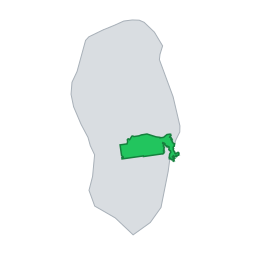 72, Ar Rayyān, Qatar (highlighted), rotated 172°
{"feature_id": "91078587B78903366981324", "entity_name": "72", "entity_type": "district", "adm_level": 2, "iso_a3": "QAT", "parent_name": "Qatar", "parent_adm1": "Ar Rayyān", "projection": "mercator", "projection_center": [50.849, 25.539], "detail": "fine", "context": "in_parent", "style": "filled", "palette": "green", "viewbox_px": 256, "rotation_deg": 172, "n_neighbors": 0, "source": "geoboundaries", "source_scale": "gbopen_adm2", "svg_char_len": 4554}
<svg xmlns="http://www.w3.org/2000/svg" viewBox="0 0 256 256"><g transform="rotate(172 128 128)"><path d="M138.4,228.8L127.6,231.5L117.3,234.5L108.7,234.4L101.9,233.2L97.3,230.4L88.5,219.2L82.3,204.5L86.1,196.4L87.4,191.3L79.0,152.7L76.3,122.9L77.3,116.8L82.1,109.8L90.1,94.3L94.3,79.3L106.4,44.7L119.1,31.3L137.8,21.5L153.1,40.7L171.8,55.3L175.3,71.7L169.8,85.0L164.8,106.1L167.8,115.8L168.9,124.2L174.0,138.3L178.9,156.6L179.7,169.3L177.1,181.1L170.6,191.0L157.8,220.7L154.0,223.8L138.4,228.8Z" fill="#d9dde1" stroke="#a8b0b8" stroke-width="1"/><path d="M138.2,98.2L116.7,98.2L116.7,97.6L96.8,97.6L96.7,97.8L96.7,97.7L96.5,97.8L96.3,98.0L96.2,98.5L95.8,98.5L95.8,99.1L95.4,99.3L95.5,99.4L95.7,99.5L95.8,99.6L95.9,99.9L96.0,100.1L96.1,100.3L96.1,100.5L95.9,100.6L95.8,100.9L95.6,100.9L95.7,101.1L95.4,101.2L95.4,101.5L95.4,102.1L95.4,102.4L95.2,102.4L95.2,102.6L95.1,102.8L95.2,103.4L95.1,103.5L94.9,103.7L94.7,103.8L94.8,104.1L94.9,104.3L95.0,104.3L95.1,104.5L95.5,104.8L95.6,105.2L95.6,105.3L95.4,105.7L95.2,105.9L94.7,106.2L94.7,106.4L94.7,107.0L95.0,107.4L95.5,107.5L95.8,107.7L95.8,107.8L95.7,107.8L95.8,108.0L95.8,108.3L95.6,108.7L95.4,108.6L95.4,108.2L94.5,108.3L94.4,108.1L94.2,107.7L94.4,107.7L94.5,107.6L94.4,107.6L94.2,107.5L94.2,107.4L93.8,107.3L93.8,107.1L93.6,107.1L93.6,106.7L93.7,106.4L93.6,105.9L93.4,105.5L93.2,105.5L93.1,105.3L92.8,105.3L92.6,105.2L92.7,104.8L92.6,104.6L92.2,104.4L92.0,104.5L91.9,104.5L91.9,104.4L91.7,104.4L91.6,104.5L91.5,104.4L91.4,104.4L91.2,104.3L91.2,104.0L91.2,103.8L91.3,103.7L90.6,103.6L90.5,103.9L90.4,103.9L90.1,103.8L90.0,103.6L90.0,102.9L90.2,102.5L90.3,101.8L90.5,101.1L90.4,101.0L90.5,100.9L90.3,100.7L90.2,100.4L90.2,100.1L90.1,99.9L89.9,99.9L89.6,99.9L89.2,99.7L89.0,99.1L89.1,98.7L89.0,98.1L89.2,97.6L90.0,97.0L90.1,96.8L90.2,96.6L90.5,96.0L90.7,95.3L90.7,95.2L90.7,94.9L90.8,94.8L90.8,94.4L91.1,93.9L91.1,93.7L91.3,93.4L91.4,93.1L91.3,92.9L91.3,92.7L91.4,92.4L91.3,92.5L91.3,92.4L91.4,91.9L91.4,91.7L90.9,91.6L90.7,91.6L90.6,91.8L90.7,92.0L90.2,92.1L90.2,91.9L90.0,91.7L89.9,91.6L89.9,91.4L89.9,91.2L89.7,91.0L89.7,90.8L89.3,90.5L89.2,90.5L89.0,90.4L88.8,90.5L88.7,90.7L88.7,90.8L88.2,90.8L88.3,90.6L88.2,90.7L88.1,90.4L87.9,90.5L87.7,90.6L87.7,90.4L87.7,90.1L87.4,89.6L87.4,89.4L87.5,89.3L87.4,89.2L87.6,89.2L87.6,89.3L87.7,89.2L87.4,89.1L87.5,88.9L87.4,88.8L87.3,89.0L87.0,89.1L87.0,89.3L86.9,89.4L87.0,89.6L87.3,90.0L86.9,90.3L87.1,90.5L87.3,90.8L87.3,91.0L87.2,91.0L87.1,91.3L86.9,91.4L86.6,91.4L86.3,91.5L86.5,91.6L86.8,91.7L86.8,91.9L86.8,92.1L86.9,92.3L87.0,92.3L87.2,92.6L87.5,92.7L87.5,92.8L88.1,93.2L88.1,93.3L88.1,93.5L88.3,93.9L88.2,93.8L88.2,93.7L87.9,93.6L87.9,93.4L87.6,93.1L87.4,93.0L87.1,92.8L86.9,92.7L86.6,92.8L86.4,92.7L86.2,92.8L86.3,93.1L86.4,93.3L86.6,93.4L86.8,93.7L87.0,93.9L86.9,94.2L86.7,94.0L86.7,93.8L86.5,93.6L86.3,93.6L86.2,93.5L86.0,93.1L85.6,93.0L85.4,93.1L84.5,92.9L84.5,93.1L84.5,93.3L84.4,93.3L84.3,93.6L84.1,93.6L84.0,93.8L83.9,94.0L83.7,93.8L83.6,93.7L83.8,93.6L83.9,93.4L83.9,93.2L84.0,93.1L83.9,93.0L83.7,93.0L83.6,93.3L83.7,93.5L83.5,93.4L83.3,93.5L82.7,93.8L82.4,93.9L82.2,93.9L81.9,94.0L81.9,94.3L81.8,94.5L81.7,94.5L81.8,94.6L81.2,95.4L81.2,95.5L81.0,96.0L81.4,96.2L81.6,96.4L81.6,96.8L82.2,96.9L82.6,97.3L82.5,97.1L82.6,96.9L83.1,96.4L83.6,96.2L84.2,96.0L84.8,96.1L85.1,96.3L85.1,96.6L84.9,96.9L85.2,97.4L85.1,97.6L85.3,97.7L85.3,97.9L85.4,98.1L85.6,98.4L85.7,98.7L85.8,98.7L86.0,99.2L85.9,99.5L86.1,99.7L86.2,100.2L86.1,100.4L86.2,100.7L85.7,101.2L85.7,101.3L85.9,101.4L85.9,101.6L86.0,101.7L86.1,102.1L85.7,102.9L85.6,103.1L85.4,103.3L85.2,103.5L84.9,103.6L84.7,103.6L84.7,103.8L84.6,104.0L84.6,104.4L84.6,104.6L84.4,104.7L84.4,105.0L84.2,105.2L84.2,105.3L84.1,105.5L84.2,105.8L84.1,106.0L84.7,106.0L85.1,106.2L85.1,106.5L85.2,106.8L85.8,107.3L86.0,107.8L86.1,108.0L86.0,108.5L85.8,108.7L85.8,108.9L86.2,109.1L86.2,109.3L86.4,109.5L86.6,109.8L86.8,110.2L87.0,110.4L87.0,110.6L86.8,110.8L86.6,110.7L86.5,110.8L86.5,110.7L86.4,110.8L86.4,111.0L86.0,110.9L86.1,111.2L86.2,111.4L86.3,111.5L86.4,111.8L86.5,112.0L86.5,111.9L86.8,112.1L86.8,112.3L87.0,112.3L87.0,112.6L87.3,112.7L87.5,112.8L87.6,113.0L87.4,113.2L87.7,113.4L87.8,113.6L87.6,113.8L87.8,113.7L87.7,114.0L87.7,113.9L87.3,114.2L86.5,114.5L86.6,115.9L87.5,116.1L90.3,116.1L94.1,113.8L97.7,113.8L97.7,114.3L101.4,115.3L110.0,119.4L115.7,119.3L118.3,118.7L123.4,118.7L124.3,119.4L125.3,119.4L128.0,116.2L129.0,117.2L129.5,117.2L130.3,116.5L130.3,114.4L131.2,112.4L138.2,112.4L138.2,101.4L136.8,100.1L136.8,99.4L138.2,99.4L138.2,98.2Z" fill="#22c55e" stroke="#15803d" stroke-width="1.5"/></g></svg>